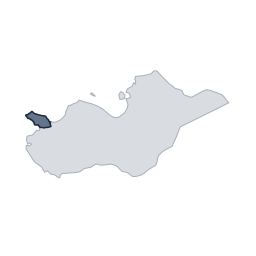 location of Nabeul within Tunisia, rotated 256°
{"feature_id": "TUN-107", "entity_name": "Nabeul", "entity_type": "Governorate", "adm_level": 1, "iso_a3": "TUN", "parent_name": "Tunisia", "parent_adm1": "", "projection": "mercator", "projection_center": [10.722, 36.719], "detail": "fine", "context": "in_parent", "style": "filled", "palette": "slate", "viewbox_px": 256, "rotation_deg": 256, "n_neighbors": 0, "source": "natural_earth", "source_scale": "10m", "svg_char_len": 3282}
<svg xmlns="http://www.w3.org/2000/svg" viewBox="0 0 256 256"><g transform="rotate(256 128 128)"><path d="M176.2,147.7L176.2,148.5L175.3,153.9L175.1,155.9L175.0,159.3L175.0,163.3L176.9,166.7L177.0,168.1L176.2,169.9L172.7,171.8L168.1,174.4L164.1,176.8L159.8,179.4L158.5,181.1L156.3,182.4L154.5,183.7L154.2,185.0L152.9,187.4L151.3,189.3L147.2,190.1L146.4,190.7L144.5,193.6L143.6,194.7L142.5,197.0L143.9,203.0L145.6,209.2L146.0,211.8L146.0,214.0L145.0,216.3L142.8,219.6L141.2,222.0L138.1,226.4L137.2,227.4L135.1,228.7L131.0,230.4L128.1,231.9L126.6,225.2L125.3,219.6L124.3,214.9L122.5,206.6L120.9,199.6L119.4,192.5L118.0,186.1L116.6,179.6L116.0,178.7L111.7,175.6L107.8,172.8L103.7,169.6L99.3,166.1L98.6,161.7L96.4,155.1L94.0,151.4L93.1,150.4L88.3,148.0L85.5,146.2L84.7,145.2L84.2,142.5L82.2,137.0L79.9,132.1L79.1,128.8L79.0,124.6L79.5,121.5L80.4,120.2L85.1,116.4L87.3,111.8L90.0,110.1L92.3,108.8L94.2,107.3L95.9,104.9L97.2,102.3L97.4,99.5L98.0,95.1L98.8,91.9L100.8,88.4L100.0,85.6L98.9,82.5L99.2,77.1L99.0,75.0L98.1,73.1L97.2,70.6L97.2,68.5L98.0,63.1L98.7,59.0L99.7,53.6L99.3,52.1L98.6,51.0L96.3,49.8L96.3,49.0L96.8,48.3L100.2,45.6L102.0,41.7L103.5,40.9L105.8,39.5L105.7,38.0L105.2,36.4L111.2,34.6L116.9,29.7L118.9,28.6L132.2,24.1L133.9,24.4L135.8,25.1L135.3,26.7L134.5,28.1L135.6,30.4L137.2,29.0L136.8,28.0L136.7,26.8L139.5,26.6L141.9,26.8L144.5,28.2L144.3,33.5L147.8,38.6L146.9,41.1L149.7,42.6L152.3,40.8L153.6,38.1L158.3,36.6L162.8,32.7L165.3,32.3L165.9,35.5L167.1,38.3L165.4,39.3L163.2,42.3L159.1,49.8L155.3,52.0L152.5,54.9L151.6,57.0L151.3,59.4L152.0,63.7L154.1,68.0L156.5,70.7L158.7,71.5L164.1,75.6L164.0,78.1L164.8,81.0L165.0,84.5L166.9,87.3L162.9,93.5L160.8,97.9L156.5,103.9L152.7,107.9L144.6,113.7L142.6,115.7L141.3,117.7L140.7,119.8L140.9,122.2L143.6,128.3L147.1,131.8L150.8,133.7L157.0,133.0L156.8,135.3L157.3,138.0L159.8,137.9L161.5,137.5L163.0,134.8L166.0,136.6L167.6,142.3L170.2,144.0L170.5,144.7L169.6,145.1L168.9,145.7L169.7,146.2L172.2,146.9L173.7,146.4L176.2,147.7ZM163.0,132.0L162.3,132.1L161.2,132.9L160.5,133.0L158.8,132.1L158.1,132.1L157.3,131.5L157.5,128.1L157.8,127.1L162.1,127.0L164.4,129.0L164.8,129.6L164.9,130.2L163.8,131.3L163.0,132.0ZM170.7,101.7L167.0,103.9L167.7,102.0L170.2,99.8L170.8,100.3L170.7,101.7Z" fill="#d9dde1" stroke="#a8b0b8" stroke-width="1"/><path d="M149.9,42.7L150.3,42.7L151.6,42.1L152.3,41.9L152.8,41.4L153.0,40.6L153.1,39.9L153.5,38.6L153.9,38.2L154.4,38.1L155.6,38.2L156.6,38.0L157.5,37.6L158.7,36.8L159.5,36.0L159.7,35.9L159.8,35.6L161.3,34.3L161.5,34.1L161.5,33.7L161.4,33.5L161.4,33.3L161.6,33.0L162.1,32.8L163.4,32.6L164.3,31.9L164.8,31.8L165.2,32.0L165.5,32.6L165.4,32.8L165.2,33.2L165.1,33.5L165.2,33.9L165.4,34.3L165.5,34.6L165.5,34.8L166.0,35.4L166.1,35.7L166.2,36.0L166.2,36.7L166.3,37.0L166.6,37.5L166.9,37.8L167.0,38.0L167.3,38.4L167.2,38.9L166.8,39.4L165.9,39.8L164.5,40.9L163.8,42.2L162.8,43.8L161.1,46.9L159.8,50.2L159.1,51.1L157.1,51.6L154.8,52.9L153.9,52.7L153.1,53.3L152.6,54.1L152.5,53.9L152.3,53.6L152.2,53.5L152.2,53.4L151.8,53.4L151.5,53.6L151.3,53.7L151.2,53.8L150.8,53.7L150.6,53.5L150.1,53.4L149.4,53.5L148.6,53.7L148.4,53.6L148.2,53.5L148.1,53.4L148.0,52.6L148.0,50.5L148.5,47.8L148.4,47.1L148.3,46.9L148.4,46.6L149.3,44.8L149.8,42.8L149.9,42.7Z" fill="#64748b" stroke="#1e293b" stroke-width="1.5"/></g></svg>